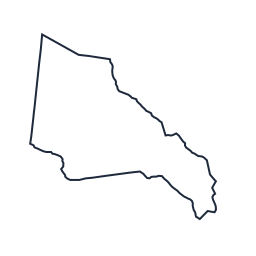 Bezerros, Pernambuco, Brazil (Equal Earth projection), rotated 280°
{"feature_id": "56859067B40256242933504", "entity_name": "Bezerros", "entity_type": "district", "adm_level": 2, "iso_a3": "BRA", "parent_name": "Brazil", "parent_adm1": "Pernambuco", "projection": "equal_earth", "projection_center": [-35.81, -8.245], "detail": "fine", "context": "isolated", "style": "outline", "palette": "slate", "viewbox_px": 256, "rotation_deg": 280, "n_neighbors": 0, "source": "geoboundaries", "source_scale": "gbopen_adm2", "svg_char_len": 1867}
<svg xmlns="http://www.w3.org/2000/svg" viewBox="0 0 256 256"><g transform="rotate(280 128 128)"><path d="M60.1,227.9L62.7,228.8L65.1,228.3L66.8,227.7L68.4,226.7L70.4,225.4L72.3,224.1L74.6,223.1L76.7,223.7L78.4,225.2L83.7,221.3L86.4,222.2L90.8,223.8L92.3,221.8L94.6,219.0L96.5,216.8L109.9,211.3L112.0,208.1L112.8,205.9L112.6,202.2L113.4,200.0L114.3,198.2L114.8,195.5L116.3,193.7L117.6,191.2L118.8,188.7L120.7,187.1L122.9,186.9L124.3,184.6L127.1,181.6L129.4,179.4L131.0,176.4L129.3,174.1L128.1,171.9L128.0,168.6L127.2,166.3L138.0,160.8L139.5,160.0L140.4,157.7L141.6,156.1L142.6,153.9L143.1,151.9L144.5,149.3L146.6,148.2L147.5,145.3L148.1,142.9L149.5,141.4L150.6,139.6L151.7,137.9L153.1,136.4L154.5,134.1L156.1,132.0L157.7,131.3L158.1,129.0L158.4,126.6L159.5,125.1L160.8,122.7L162.7,113.1L164.3,111.2L166.8,110.2L169.3,108.3L171.1,108.2L172.6,107.5L174.5,105.4L177.3,103.7L180.0,102.9L181.8,102.5L183.8,102.4L186.3,102.2L188.1,101.0L189.8,99.2L192.6,98.3L192.1,76.2L191.7,70.7L191.5,66.6L205.2,27.2L194.8,28.1L189.8,28.5L177.3,29.2L158.4,30.5L130.0,32.5L128.4,32.5L120.5,33.1L118.6,33.2L103.0,34.2L95.5,34.4L94.6,38.0L92.7,39.3L92.0,42.7L91.1,45.9L90.4,48.8L90.2,51.7L91.0,56.4L89.6,58.1L89.6,60.2L89.1,63.3L88.2,66.7L86.0,69.0L84.0,69.1L82.2,70.5L78.7,70.9L76.0,69.3L74.2,70.6L72.5,72.3L70.8,74.2L69.1,74.7L67.6,77.1L66.8,80.2L68.4,89.1L71.1,95.2L72.5,100.4L73.1,102.4L75.4,109.4L77.7,116.5L84.5,138.0L87.2,147.2L85.6,151.0L83.7,153.3L82.1,155.5L82.2,158.0L83.9,159.4L84.7,162.2L85.0,164.3L86.2,166.5L86.5,169.9L85.0,171.6L83.8,173.4L82.9,175.1L81.5,177.2L79.0,180.0L77.5,182.0L76.0,185.0L74.7,187.7L72.9,190.0L71.7,192.3L70.2,195.2L69.6,197.5L68.9,199.5L68.5,201.6L67.3,203.6L65.1,204.9L62.7,205.2L60.6,206.1L58.6,207.0L56.6,208.8L54.4,209.6L52.6,210.3L51.8,212.2L50.8,214.5L60.1,220.9L60.0,225.1L60.1,227.9Z" fill="none" stroke="#1e293b" stroke-width="2"/></g></svg>